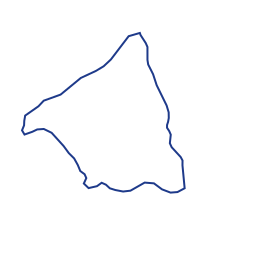 Changhua, Albers equal-area conic projection, rotated 134°
{"feature_id": "TWN-1169", "entity_name": "Changhua", "entity_type": "County", "adm_level": 1, "iso_a3": "TWN", "parent_name": "Taiwan", "parent_adm1": "", "projection": "albers", "projection_center": [120.501, 23.99], "detail": "fine", "context": "isolated", "style": "outline", "palette": "blue", "viewbox_px": 256, "rotation_deg": 134, "n_neighbors": 0, "source": "natural_earth", "source_scale": "10m", "svg_char_len": 889}
<svg xmlns="http://www.w3.org/2000/svg" viewBox="0 0 256 256"><g transform="rotate(134 128 128)"><path d="M51.4,185.5L52.4,183.6L54.6,174.2L56.2,170.3L65.5,161.3L68.3,157.6L71.9,147.3L77.3,137.1L85.0,115.8L88.5,109.6L92.5,105.6L95.8,103.4L98.7,102.0L100.7,100.1L101.6,96.2L103.1,92.6L109.9,87.3L111.5,83.2L112.3,69.9L113.5,66.2L117.0,62.9L132.0,45.4L139.7,47.9L144.9,52.5L148.5,60.9L149.8,70.9L155.7,78.1L171.4,82.7L177.1,87.4L181.4,94.0L184.0,99.2L184.1,104.5L185.7,108.9L191.4,109.9L198.6,114.6L198.6,116.5L198.6,121.2L193.0,123.2L191.4,127.1L192.1,132.4L189.5,138.4L187.3,145.6L187.2,153.1L185.7,161.8L184.5,179.6L187.2,187.9L192.1,192.3L197.2,194.2L204.6,197.9L203.3,202.6L198.3,204.6L194.9,207.6L191.8,209.7L190.5,210.6L174.6,207.5L166.9,207.6L150.8,199.7L124.7,196.7L109.4,190.8L100.5,188.4L90.6,187.9L61.5,191.3L51.4,185.5Z" fill="none" stroke="#1e3a8a" stroke-width="2"/></g></svg>